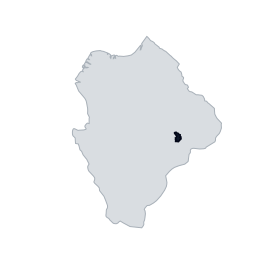 Tsafe, Zamfara, Nigeria (highlighted), rotated 129°
{"feature_id": "59680162B12426298681132", "entity_name": "Tsafe", "entity_type": "district", "adm_level": 2, "iso_a3": "NGA", "parent_name": "Nigeria", "parent_adm1": "Zamfara", "projection": "robinson", "projection_center": [6.979, 11.824], "detail": "fine", "context": "in_parent", "style": "filled", "palette": "ink", "viewbox_px": 256, "rotation_deg": 129, "n_neighbors": 0, "source": "geoboundaries", "source_scale": "gbopen_adm2", "svg_char_len": 4879}
<svg xmlns="http://www.w3.org/2000/svg" viewBox="0 0 256 256"><g transform="rotate(129 128 128)"><path d="M196.9,54.5L203.3,64.4L204.7,71.8L205.2,75.5L206.3,75.9L208.3,76.1L209.7,76.8L210.6,78.0L211.2,79.2L211.3,79.8L210.9,84.3L210.4,85.9L210.7,88.1L210.6,89.0L210.4,89.6L209.5,90.4L208.3,91.1L205.4,93.2L204.6,93.5L203.4,93.6L202.4,94.1L201.1,95.2L198.5,99.5L196.2,103.7L194.6,110.6L192.6,112.7L192.2,114.7L191.9,119.0L191.6,120.2L191.3,120.6L189.1,121.4L187.8,122.4L187.1,124.4L186.2,131.0L185.8,132.1L185.1,133.2L184.0,134.5L183.0,135.2L180.5,135.6L178.2,140.6L178.1,141.5L177.1,146.0L175.3,149.4L175.2,151.6L172.9,154.6L171.7,156.6L172.9,158.8L173.0,159.1L169.1,162.7L168.9,163.3L168.7,165.7L168.4,166.4L167.7,167.3L166.6,168.3L165.5,169.1L164.3,169.7L163.1,169.9L162.5,169.6L162.1,168.8L161.4,165.7L161.1,165.1L160.4,164.5L157.3,161.1L155.5,159.9L155.1,160.0L154.8,160.3L154.3,162.0L153.7,162.7L152.8,162.9L151.1,162.9L149.9,162.7L149.6,162.3L149.0,161.0L145.2,164.1L143.9,164.8L142.3,168.4L139.9,170.2L138.2,171.7L133.9,176.7L133.0,178.1L132.1,180.3L130.3,189.6L127.2,195.3L126.8,196.6L126.7,196.5L126.3,197.1L125.1,196.7L124.6,195.7L123.8,195.5L122.6,193.9L122.3,194.2L123.6,198.2L123.1,199.7L119.4,199.8L116.3,200.3L114.1,200.2L113.0,199.7L112.5,198.2L112.3,198.3L112.2,199.1L111.5,199.8L109.0,199.9L107.9,198.9L107.1,197.7L106.1,197.2L106.3,197.7L107.3,198.8L107.2,200.4L105.2,202.3L104.0,202.4L103.2,201.6L102.8,200.3L102.6,198.3L102.1,197.1L101.8,197.1L102.1,199.2L102.1,201.1L103.1,202.6L101.6,203.1L99.9,203.2L99.7,202.6L99.5,201.3L99.2,201.0L98.8,203.1L95.2,203.7L94.7,203.7L94.6,203.3L94.9,202.7L94.8,201.7L94.0,202.4L93.9,203.9L93.5,204.2L92.1,204.0L90.6,203.2L88.2,201.3L85.3,198.3L84.8,196.9L83.9,195.3L82.4,190.6L82.7,190.4L83.4,190.7L83.7,190.3L82.5,189.9L82.2,189.6L82.1,188.6L82.2,187.3L84.1,186.7L84.5,185.9L84.7,185.2L82.4,186.3L80.3,185.0L79.8,184.2L80.1,183.6L82.6,183.6L83.4,183.0L82.9,182.8L81.9,182.8L81.6,182.4L81.6,181.5L81.3,181.7L80.9,182.5L79.5,183.1L78.6,182.5L78.5,181.1L78.3,180.5L77.6,180.0L75.1,176.4L71.9,173.4L69.1,171.3L64.8,170.3L55.9,170.3L55.4,170.0L55.9,169.6L56.7,169.2L59.6,167.6L59.1,167.3L56.1,168.4L55.1,168.5L53.8,170.5L45.0,171.0L45.0,170.0L45.4,167.4L45.9,165.5L45.3,163.3L45.2,161.3L45.6,160.6L45.7,159.9L45.6,154.7L46.1,153.9L46.1,153.4L45.2,151.2L45.2,149.5L45.0,147.8L44.7,147.1L45.1,140.7L45.0,139.2L45.3,138.1L45.4,135.3L45.4,132.6L46.0,128.4L49.8,127.9L50.7,126.2L51.2,124.1L51.1,122.0L52.3,120.2L53.8,118.6L53.7,116.8L54.1,116.3L54.8,115.9L55.9,115.7L57.0,114.8L57.6,113.2L58.2,110.8L57.3,109.1L57.3,108.7L57.7,107.7L58.2,106.8L58.7,106.5L59.8,106.8L60.2,106.4L60.9,103.7L60.8,102.9L59.8,101.1L59.3,96.2L59.0,95.5L58.2,94.6L56.1,91.2L56.1,89.5L57.0,87.4L57.6,86.4L58.4,85.8L58.6,85.3L58.3,84.7L57.9,84.3L57.8,83.4L58.2,82.0L58.1,80.6L58.4,73.2L60.1,71.7L62.6,69.3L63.8,66.7L64.5,64.8L65.4,58.4L66.7,57.7L69.2,55.4L72.6,54.1L74.8,53.6L78.6,53.9L80.6,53.7L82.3,52.4L83.0,52.1L84.1,51.8L93.7,55.2L94.6,55.0L95.3,55.2L96.5,56.1L99.3,59.2L102.3,64.0L103.2,65.0L104.2,65.6L105.1,65.8L105.8,65.7L106.5,65.2L107.4,64.3L108.9,63.9L110.0,64.0L116.0,60.3L116.6,60.3L120.3,61.1L125.3,64.7L129.4,67.1L132.3,68.0L135.7,68.5L141.4,68.7L145.8,63.5L147.4,62.4L149.3,61.4L153.4,60.4L160.1,59.8L166.4,60.1L170.3,61.0L174.5,62.6L176.2,64.3L179.0,64.5L181.0,64.2L181.7,62.6L183.7,60.5L186.7,58.6L189.1,57.2L191.2,56.6L193.0,55.0L194.4,54.6L196.9,54.5ZM109.3,201.9L107.9,202.4L107.0,202.3L108.2,200.2L108.8,200.6L109.6,200.8L109.3,201.9Z" fill="#d9dde1" stroke="#a8b0b8" stroke-width="1"/><path d="M106.7,80.1L106.4,80.1L106.2,80.2L105.9,80.2L105.7,80.2L105.4,80.1L105.0,80.0L104.6,80.5L104.4,80.5L104.4,80.4L104.1,80.3L103.9,80.1L103.7,80.1L103.4,79.9L103.2,80.1L103.3,80.3L103.1,80.4L103.1,80.2L102.6,80.3L102.6,80.5L102.5,80.8L102.4,81.2L102.4,81.3L102.3,81.5L102.2,81.5L101.9,81.6L102.0,81.7L102.1,81.8L101.9,81.8L101.9,81.7L101.7,81.5L101.5,82.0L101.4,82.4L101.2,82.6L100.9,82.9L100.4,83.2L100.5,83.5L100.6,83.9L100.9,84.3L100.8,84.8L100.8,85.1L100.7,85.4L100.6,86.1L100.9,86.4L101.2,86.8L101.2,87.4L101.1,87.6L101.0,88.0L101.4,88.3L101.7,88.4L101.9,88.7L102.1,88.8L102.4,88.8L102.6,88.8L102.7,88.6L102.8,88.3L103.0,88.1L103.0,87.7L103.0,87.3L103.1,87.1L103.2,86.9L103.2,86.7L103.3,86.5L103.3,86.4L103.4,86.2L103.4,85.9L103.4,85.6L103.4,85.4L103.5,85.4L103.5,85.2L103.6,84.9L103.8,84.9L103.8,85.0L103.9,84.9L104.0,84.9L104.3,84.8L104.3,84.7L104.5,84.7L104.8,84.6L105.0,84.6L105.3,84.5L105.5,84.7L105.6,84.8L105.8,84.9L105.9,84.7L106.0,84.6L106.4,84.4L107.0,84.0L107.0,83.9L107.1,83.7L107.1,83.4L107.0,83.0L107.3,83.0L107.6,83.0L107.8,83.1L108.1,82.9L108.3,82.8L108.5,82.6L108.4,82.5L108.4,82.4L108.2,82.3L108.1,82.2L108.0,81.9L107.9,81.8L107.9,81.7L107.7,81.6L107.6,81.4L107.4,81.4L107.4,81.2L107.2,81.2L107.1,80.9L107.1,80.7L106.9,80.6L106.9,80.4L106.9,80.2L106.7,80.1Z" fill="#0f172a" stroke="#020617" stroke-width="1.5"/></g></svg>